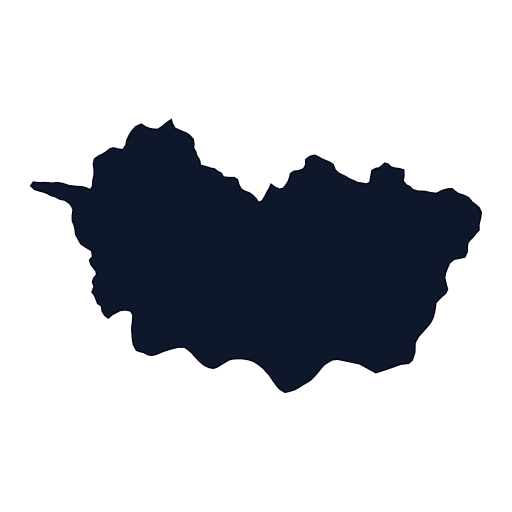 the district of Capitólio, Minas Gerais, Brazil
{"feature_id": "56859067B5400147838049", "entity_name": "Capitólio", "entity_type": "district", "adm_level": 2, "iso_a3": "BRA", "parent_name": "Brazil", "parent_adm1": "Minas Gerais", "projection": "mercator", "projection_center": [-46.158, -20.611], "detail": "fine", "context": "isolated", "style": "filled", "palette": "ink", "viewbox_px": 512, "rotation_deg": 0, "n_neighbors": 0, "source": "geoboundaries", "source_scale": "gbopen_adm2", "svg_char_len": 3319}
<svg xmlns="http://www.w3.org/2000/svg" viewBox="0 0 512 512"><path d="M478.9,224.5L480.5,217.9L481.3,212.6L479.3,208.0L475.9,204.9L472.2,202.2L468.6,197.7L463.3,195.1L458.4,193.7L454.8,191.1L452.2,188.8L448.1,188.9L442.3,190.5L436.5,193.4L431.0,192.8L424.7,191.4L417.8,191.2L412.5,189.6L410.1,186.8L406.3,185.0L403.1,181.0L403.9,175.5L403.7,169.9L398.8,168.6L395.0,168.2L390.6,166.8L388.1,164.1L384.7,163.2L382.0,165.7L379.2,167.9L375.8,168.5L372.0,170.5L370.9,176.6L369.9,182.4L366.7,184.0L361.8,183.2L357.5,182.6L353.7,180.7L349.4,179.0L345.9,176.7L341.8,174.8L337.9,172.7L335.0,169.7L333.2,164.7L329.9,162.4L326.7,161.0L322.1,159.1L318.1,156.8L314.6,155.2L310.1,156.4L305.7,159.6L305.8,164.9L303.5,168.9L298.7,170.8L294.0,171.3L290.5,173.6L289.8,177.3L288.1,181.7L285.8,185.2L283.3,188.4L279.6,189.2L275.2,187.4L271.0,184.3L269.6,188.0L267.1,192.0L265.2,195.9L262.2,200.9L258.5,202.6L256.2,198.9L252.7,195.3L249.3,192.9L244.6,191.2L241.0,188.9L238.8,184.6L237.4,179.6L234.1,177.6L228.4,177.6L223.3,177.0L221.3,173.3L217.7,171.5L214.4,168.9L210.5,168.2L206.3,166.8L200.5,165.4L199.5,160.1L196.9,156.0L195.6,151.6L193.5,148.1L193.9,144.1L193.2,139.3L189.6,135.3L185.8,132.8L182.0,131.4L178.6,129.9L174.9,128.2L172.2,123.3L171.3,119.7L167.3,122.3L162.6,126.2L157.9,129.4L153.2,129.2L149.2,128.4L145.6,127.0L141.3,124.2L135.6,126.8L131.1,132.1L128.6,136.5L126.9,140.1L126.0,145.1L122.8,149.8L117.3,148.9L113.6,147.9L110.1,148.8L106.2,151.9L102.4,154.3L99.0,155.8L94.5,159.0L93.4,164.0L94.1,169.3L94.2,174.8L93.0,180.0L92.5,186.6L90.3,189.7L85.6,187.8L82.0,186.8L76.5,186.5L68.8,185.6L62.9,183.6L57.3,182.6L52.0,183.2L48.2,182.8L44.0,182.6L39.0,182.8L33.4,182.1L30.7,185.8L34.6,189.4L39.4,190.9L43.7,192.0L47.3,193.4L50.7,195.3L55.3,196.7L59.8,199.1L64.7,200.1L69.2,203.1L71.7,206.2L73.1,209.8L72.3,215.8L72.4,220.9L74.2,225.3L75.2,229.7L75.6,234.4L78.2,239.1L80.9,243.9L85.8,247.2L91.7,250.7L92.6,256.7L89.6,260.0L90.9,264.4L93.5,267.9L96.0,271.0L96.7,274.6L93.9,277.9L92.5,281.8L94.1,286.7L92.0,292.1L94.7,295.6L96.2,299.5L97.7,303.5L101.4,305.9L102.2,311.2L104.7,315.3L108.3,318.0L112.2,314.6L116.5,312.4L120.0,310.5L125.4,309.8L130.6,310.9L133.0,314.9L132.6,321.7L131.9,326.9L131.8,330.6L132.2,334.7L132.6,340.2L133.5,344.9L136.5,350.3L140.3,351.6L143.9,352.5L148.0,354.7L151.6,355.3L155.8,354.5L159.4,352.9L163.7,351.2L168.2,349.7L173.1,348.3L178.4,347.1L184.4,347.1L188.4,349.8L191.9,352.9L195.2,356.7L199.6,361.4L204.1,365.1L208.8,367.4L213.2,368.3L216.7,367.2L221.3,364.4L225.5,361.9L229.0,359.8L232.6,358.9L236.8,358.6L242.2,358.6L248.5,359.6L253.7,361.4L257.3,363.7L260.5,366.0L263.3,368.3L266.3,371.7L269.7,375.5L272.9,380.4L276.5,385.4L279.7,389.0L284.9,392.3L289.8,391.2L295.1,389.4L299.2,387.0L303.7,384.2L307.3,382.1L310.3,380.2L313.7,376.9L318.2,371.8L321.8,367.2L324.6,364.4L328.0,362.2L332.3,359.8L337.5,359.2L359.4,363.7L375.9,372.7L388.1,368.7L400.7,364.2L408.6,363.3L412.3,360.0L414.8,352.3L415.0,342.7L418.4,336.6L425.6,328.5L428.8,324.9L431.4,321.1L433.3,316.7L434.5,312.0L435.2,308.0L435.8,302.9L438.4,299.9L442.2,296.2L445.6,293.4L447.5,289.4L446.0,283.8L444.6,277.6L445.6,272.5L447.6,267.4L449.7,262.8L454.1,259.2L459.3,258.2L464.8,257.1L467.3,251.5L467.3,246.5L467.8,242.7L470.1,239.9L473.0,237.0L476.3,232.9L479.0,230.0L478.9,224.5Z" fill="#0f172a" stroke="#020617" stroke-width="1.5"/></svg>